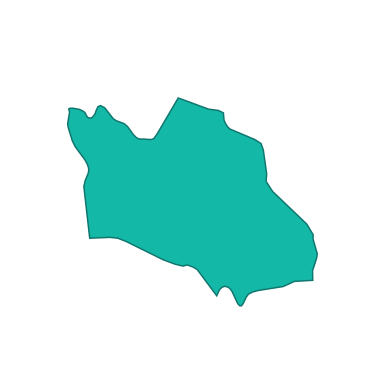 an SVG outline of Blantyre, rotated 115°
{"feature_id": "MWI-1921", "entity_name": "Blantyre", "entity_type": "District", "adm_level": 1, "iso_a3": "MWI", "parent_name": "Malawi", "parent_adm1": "", "projection": "orthographic", "projection_center": [34.955, -15.691], "detail": "fine", "context": "isolated", "style": "filled", "palette": "teal", "viewbox_px": 384, "rotation_deg": 115, "n_neighbors": 0, "source": "natural_earth", "source_scale": "10m", "svg_char_len": 1235}
<svg xmlns="http://www.w3.org/2000/svg" viewBox="0 0 384 384"><g transform="rotate(115 192 192)"><path d="M275.6,125.7L260.0,154.7L259.6,159.5L260.1,165.5L262.9,168.7L264.6,176.9L265.6,189.4L264.7,231.3L265.2,239.7L267.9,247.4L277.1,265.2L232.6,292.4L226.8,293.6L218.7,294.0L216.3,294.7L214.0,295.8L211.1,298.6L208.2,302.5L200.4,316.8L196.4,321.9L186.0,331.3L182.8,333.5L171.4,336.7L168.9,338.8L167.6,337.9L166.5,335.6L164.7,329.0L164.7,325.3L165.2,322.7L168.3,318.6L168.5,316.3L166.9,314.0L162.5,312.9L158.3,313.3L154.4,313.3L152.3,311.3L152.6,306.6L158.9,294.3L159.4,290.6L158.7,282.5L160.0,277.9L164.7,269.5L166.2,265.5L166.3,262.9L165.6,260.5L164.5,258.4L162.3,252.5L161.4,250.8L159.8,249.2L154.5,248.2L112.6,244.2L109.9,212.0L106.9,202.4L107.0,197.0L113.3,193.4L115.8,190.5L118.0,187.0L118.9,184.1L117.9,157.3L118.9,149.9L123.8,145.1L144.0,132.0L151.1,129.3L157.5,119.1L172.6,74.4L179.5,64.2L183.4,62.5L195.0,52.4L199.2,51.1L212.3,49.5L219.7,45.9L221.0,45.2L229.7,61.4L239.2,69.5L253.1,90.1L256.9,94.7L260.8,97.7L264.4,98.4L271.6,98.5L274.3,99.1L274.9,100.9L273.9,103.3L265.3,113.6L263.8,116.2L263.0,118.9L263.5,122.2L265.3,124.3L267.9,125.5L270.2,125.8L275.6,125.7Z" fill="#14b8a6" stroke="#0f766e" stroke-width="1.5"/></g></svg>